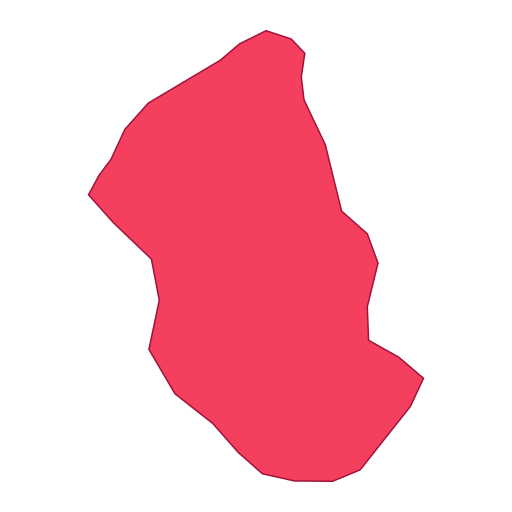 Taipei City, Albers equal-area conic projection
{"feature_id": "TWN-1166", "entity_name": "Taipei City", "entity_type": "Special Municipality", "adm_level": 1, "iso_a3": "TWN", "parent_name": "Taiwan", "parent_adm1": "", "projection": "albers", "projection_center": [121.562, 25.088], "detail": "fine", "context": "isolated", "style": "filled", "palette": "rose", "viewbox_px": 512, "rotation_deg": 0, "n_neighbors": 0, "source": "natural_earth", "source_scale": "10m", "svg_char_len": 530}
<svg xmlns="http://www.w3.org/2000/svg" viewBox="0 0 512 512"><path d="M266.0,30.7L291.2,39.0L304.8,53.3L301.3,77.0L304.0,99.8L314.2,121.4L325.3,144.7L341.6,211.1L367.3,233.8L378.0,263.1L367.3,306.7L368.6,340.3L398.9,357.3L423.5,378.3L410.4,406.4L360.2,469.8L332.6,481.3L294.2,480.9L262.4,473.8L238.2,452.4L213.0,423.7L175.0,393.8L148.9,349.4L159.3,300.3L151.4,259.1L113.4,222.7L88.5,194.8L99.1,175.2L111.0,159.3L124.9,129.3L148.4,103.0L220.3,60.2L239.6,43.8L266.0,30.7Z" fill="#f43f5e" stroke="#9f1239" stroke-width="1.5"/></svg>